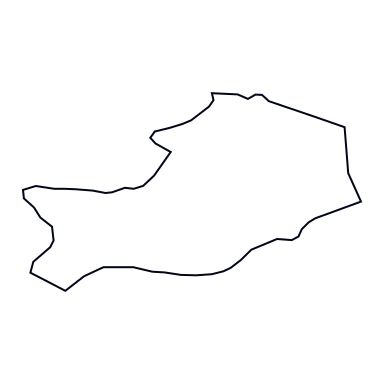 the district of João Dias, Rio Grande do Norte, Brazil, rotated 180°
{"feature_id": "56859067B63988167258513", "entity_name": "João Dias", "entity_type": "district", "adm_level": 2, "iso_a3": "BRA", "parent_name": "Brazil", "parent_adm1": "Rio Grande do Norte", "projection": "albers", "projection_center": [-37.823, -6.289], "detail": "fine", "context": "isolated", "style": "outline", "palette": "ink", "viewbox_px": 384, "rotation_deg": 180, "n_neighbors": 0, "source": "geoboundaries", "source_scale": "gbopen_adm2", "svg_char_len": 876}
<svg xmlns="http://www.w3.org/2000/svg" viewBox="0 0 384 384"><g transform="rotate(180 192 192)"><path d="M172.1,290.8L170.5,283.8L175.0,277.4L193.0,263.6L201.7,260.0L214.4,256.1L229.2,252.5L233.7,246.2L228.5,240.5L213.3,232.0L229.9,208.4L240.9,198.1L250.3,195.2L259.1,196.2L271.9,191.7L278.5,191.0L291.2,193.4L309.1,194.8L319.4,195.2L329.7,195.2L348.2,198.0L361.0,194.1L360.1,185.6L350.0,176.5L343.7,166.5L332.0,157.3L330.4,143.5L333.8,136.8L350.7,122.2L353.6,111.3L318.7,93.2L300.0,107.7L287.9,113.4L280.5,116.8L250.7,116.8L231.7,112.3L219.6,111.6L203.1,109.1L187.6,108.7L172.1,109.8L160.6,112.7L153.4,116.1L143.1,124.0L132.7,134.3L107.0,145.0L92.2,143.9L85.5,147.5L82.2,154.8L75.2,161.8L68.5,165.8L23.0,182.4L35.8,210.9L39.4,256.8L66.0,266.1L115.1,282.8L122.0,289.1L128.5,289.4L136.1,285.1L146.4,289.6L172.1,290.8Z" fill="none" stroke="#020617" stroke-width="2"/></g></svg>